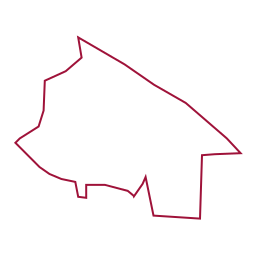 the district of Gangseo-gu, Seoul, South Korea
{"feature_id": "91817680B75936691302089", "entity_name": "Gangseo-gu", "entity_type": "district", "adm_level": 2, "iso_a3": "KOR", "parent_name": "South Korea", "parent_adm1": "Seoul", "projection": "mercator", "projection_center": [126.819, 37.555], "detail": "fine", "context": "isolated", "style": "outline", "palette": "rose", "viewbox_px": 256, "rotation_deg": 0, "n_neighbors": 0, "source": "geoboundaries", "source_scale": "gbopen_adm2", "svg_char_len": 487}
<svg xmlns="http://www.w3.org/2000/svg" viewBox="0 0 256 256"><path d="M44.8,80.7L43.6,110.6L38.6,126.5L19.8,138.4L15.4,142.8L39.6,167.1L49.5,174.0L61.4,179.0L75.3,181.9L78.2,196.8L86.2,197.8L86.2,184.9L94.1,184.9L105.0,184.9L127.8,190.9L133.7,195.8L133.9,196.4L142.6,183.9L145.6,177.0L153.5,215.6L200.0,218.6L202.0,155.2L214.9,154.2L240.6,153.2L226.8,138.4L185.8,103.0L154.1,84.8L124.6,64.4L78.2,37.4L81.6,57.6L65.7,71.2L44.8,80.7Z" fill="none" stroke="#9f1239" stroke-width="2"/></svg>